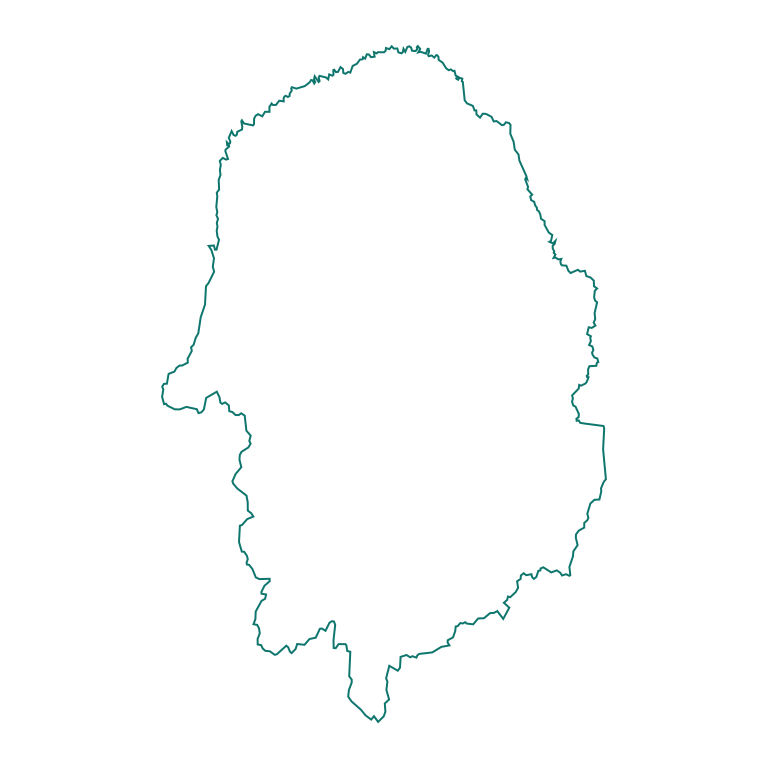 Betroka, Anosy, Madagascar (Equal Earth projection)
{"feature_id": "10022922B59412081262724", "entity_name": "Betroka", "entity_type": "district", "adm_level": 2, "iso_a3": "MDG", "parent_name": "Madagascar", "parent_adm1": "Anosy", "projection": "equal_earth", "projection_center": [45.864, -23.412], "detail": "fine", "context": "isolated", "style": "outline", "palette": "teal", "viewbox_px": 768, "rotation_deg": 0, "n_neighbors": 0, "source": "geoboundaries", "source_scale": "gbopen_adm2", "svg_char_len": 6015}
<svg xmlns="http://www.w3.org/2000/svg" viewBox="0 0 768 768"><path d="M211.3,249.9L214.0,258.3L212.8,266.7L214.1,271.7L208.5,283.1L206.0,286.2L205.0,304.6L200.7,317.3L198.3,333.3L195.8,337.6L193.6,344.8L191.1,347.2L191.8,350.9L187.6,358.8L187.8,362.6L182.4,365.4L179.3,365.7L176.4,368.0L174.4,371.6L168.6,373.9L166.9,383.7L163.9,383.9L162.2,386.6L163.3,389.6L162.1,396.9L164.1,404.2L166.0,403.7L167.5,405.7L174.7,409.3L179.7,409.4L186.4,406.9L196.8,409.2L198.5,413.1L201.4,412.3L203.9,409.4L206.2,397.9L216.8,391.7L219.5,397.3L220.4,402.6L222.1,403.9L225.2,402.4L228.8,405.4L229.3,411.2L232.5,412.1L235.5,415.0L238.7,415.1L241.2,413.3L244.7,415.6L246.4,430.7L250.7,435.7L249.3,440.9L250.6,443.7L248.3,447.5L241.5,451.8L239.8,455.0L239.5,459.7L241.3,467.2L235.6,474.0L232.4,481.3L233.3,483.8L237.4,488.6L246.5,495.6L247.7,502.2L247.8,510.6L251.4,513.4L253.3,516.6L247.2,519.1L242.1,524.9L239.9,525.7L239.0,542.0L241.8,551.6L244.2,551.8L246.8,555.6L247.8,559.1L246.6,562.5L246.9,564.5L249.2,564.9L252.4,569.0L255.8,577.4L259.4,579.1L269.6,578.8L269.7,581.2L264.5,585.7L261.4,591.9L261.5,593.7L266.1,594.5L265.1,598.8L261.6,600.8L255.7,611.5L255.4,619.1L253.5,624.2L257.2,624.9L259.0,628.3L259.8,633.2L257.6,639.0L257.7,644.5L261.1,645.1L262.8,648.6L265.3,650.8L269.9,651.3L274.7,654.8L276.8,654.3L286.3,645.7L288.2,647.3L290.0,651.7L291.6,653.1L295.6,649.0L297.2,644.0L304.5,644.8L309.5,639.0L315.7,637.7L319.9,628.8L321.9,628.5L325.5,630.8L329.4,622.9L331.8,621.2L334.0,621.5L335.2,624.9L333.5,640.1L333.7,648.0L335.7,648.2L338.6,644.1L345.4,644.1L346.3,645.1L347.2,650.9L350.3,651.8L349.2,676.3L351.7,679.6L351.7,682.6L348.9,690.0L348.2,696.6L351.5,701.4L361.0,709.8L365.5,715.3L371.2,719.6L374.0,716.2L378.1,721.9L383.7,716.4L385.4,711.7L384.8,703.5L389.1,699.5L386.4,689.9L387.4,681.4L386.1,678.5L389.3,665.8L397.8,670.7L400.0,667.7L400.6,656.9L406.4,655.0L410.3,657.3L412.3,656.2L416.4,657.6L417.3,655.4L419.3,653.9L432.3,652.4L441.3,646.9L449.4,645.4L447.6,642.4L447.7,640.3L453.0,637.4L455.2,631.2L455.7,626.5L457.7,626.1L460.4,623.0L462.8,623.5L465.1,622.2L466.9,623.6L473.2,624.3L478.1,618.5L484.0,618.2L490.1,613.1L493.9,612.9L497.3,611.1L503.2,618.9L509.3,607.7L503.9,602.8L507.1,600.0L508.0,596.5L510.2,597.2L515.6,592.2L518.1,587.8L517.1,581.3L520.6,579.0L520.9,575.5L523.7,573.2L526.1,575.2L531.4,574.2L532.1,577.0L533.9,578.9L536.4,576.9L538.3,570.9L540.3,570.5L540.6,568.5L543.3,567.3L551.2,572.4L556.8,570.4L560.3,572.8L562.0,575.5L566.0,574.2L569.5,575.8L570.3,575.2L569.4,566.9L572.9,556.6L573.4,551.3L577.6,545.1L575.8,537.6L576.0,534.4L578.8,530.6L584.2,527.6L584.3,522.8L587.2,520.4L588.4,517.9L587.3,513.8L590.4,503.5L594.4,499.8L599.4,499.5L601.3,491.3L601.0,488.4L603.6,482.1L605.9,479.2L603.1,449.3L604.2,428.3L603.5,426.0L583.5,423.4L580.2,422.8L578.7,420.4L576.7,420.8L576.4,418.8L578.6,417.1L578.9,414.0L575.5,406.6L573.3,405.5L572.0,401.7L572.9,398.6L572.1,395.4L578.7,388.6L579.2,384.9L581.0,385.7L585.5,383.5L586.8,381.7L588.5,377.2L587.0,376.9L586.8,375.7L588.2,374.6L588.1,369.3L589.4,366.2L596.3,365.8L596.9,362.8L598.3,362.0L597.3,358.5L594.3,357.4L592.4,354.3L592.1,352.5L593.4,350.0L592.3,346.4L589.1,345.0L590.9,341.0L590.2,337.9L590.9,336.3L587.1,334.1L588.7,327.3L591.8,327.9L595.4,325.6L593.7,322.5L595.2,319.1L594.6,313.1L597.1,302.3L595.0,300.5L594.1,297.2L594.8,290.8L597.1,288.5L594.0,286.2L593.8,280.6L590.5,277.5L586.4,276.1L584.9,270.8L580.2,271.6L577.9,269.8L570.6,273.0L568.4,270.8L566.4,265.7L561.9,265.3L560.9,264.2L560.4,261.5L561.3,258.9L558.4,259.4L555.4,257.5L553.6,257.9L555.4,254.5L553.7,252.8L554.3,251.5L552.7,248.4L552.7,245.8L554.6,244.0L555.4,240.9L553.0,243.4L549.4,241.8L551.0,240.9L552.3,235.0L548.8,232.6L544.6,224.9L544.6,221.2L541.0,218.7L540.3,214.5L539.0,211.5L537.0,209.8L536.8,207.5L535.2,205.5L534.2,201.8L531.1,200.1L530.3,196.4L532.2,194.7L527.4,189.2L528.1,187.0L525.2,179.3L525.9,177.8L527.1,179.0L526.2,175.7L519.4,160.6L518.5,154.5L514.8,149.7L513.6,141.7L510.3,133.8L510.5,124.8L509.0,123.0L505.9,122.3L503.9,124.8L502.0,125.2L496.6,121.1L493.7,121.4L491.5,116.8L486.0,113.9L482.8,113.7L480.0,117.6L476.5,114.4L476.3,110.4L474.5,110.4L472.9,105.9L467.0,103.4L464.7,100.3L462.8,81.9L461.8,81.3L462.3,78.6L459.2,77.8L458.3,79.7L456.8,79.1L456.2,78.4L457.9,76.7L455.7,75.7L454.5,70.8L453.1,71.1L450.8,69.4L448.8,70.2L446.3,68.5L442.6,62.6L438.7,60.0L438.5,57.0L437.3,55.3L436.3,55.1L434.3,57.6L431.7,55.5L428.7,56.2L428.1,54.9L429.1,51.1L428.6,48.9L427.6,48.9L425.9,53.6L420.6,51.8L418.2,52.4L420.2,48.9L417.8,46.1L416.8,47.1L417.2,49.1L415.6,51.1L412.0,50.7L411.1,47.6L409.2,46.3L407.3,47.1L405.3,51.9L403.5,48.8L402.9,52.0L401.6,53.3L398.4,52.4L397.3,48.5L393.8,48.6L391.7,46.3L389.3,49.2L386.0,48.0L385.6,50.8L384.0,52.3L377.9,52.2L376.7,53.4L373.9,52.1L374.6,56.7L371.0,57.2L368.9,54.5L366.8,54.3L365.1,58.6L363.1,57.2L362.6,59.3L359.9,59.6L356.9,63.8L352.7,65.9L350.3,72.6L348.4,71.9L345.3,73.8L343.3,72.9L343.0,69.1L340.5,67.1L338.0,71.9L336.0,72.1L334.2,69.7L333.3,70.1L333.5,74.8L332.5,75.7L329.2,74.4L328.2,79.4L325.9,77.4L319.5,75.9L318.7,77.6L319.6,81.1L318.6,82.0L314.7,76.3L314.0,79.4L315.2,82.0L314.2,83.5L312.7,80.5L311.1,80.0L309.8,82.2L304.8,86.1L296.4,88.6L291.9,87.2L291.2,88.4L291.8,90.4L289.7,93.7L289.6,96.0L287.9,97.0L285.8,95.8L284.6,96.4L283.6,98.2L283.7,101.4L279.2,100.7L275.9,105.0L272.7,104.9L271.6,103.5L269.4,107.0L269.5,111.8L265.0,111.8L262.3,116.3L258.0,114.2L255.7,115.7L254.1,118.6L254.0,124.1L253.1,125.4L244.0,123.5L241.9,120.3L241.3,121.3L242.3,126.8L242.0,129.5L237.3,131.8L236.8,134.7L235.6,135.8L233.6,135.0L231.6,131.1L228.8,137.8L230.3,141.5L230.0,143.3L228.9,144.2L226.9,142.2L227.2,145.3L228.9,145.4L229.2,146.5L225.6,149.6L225.3,151.0L228.0,159.0L226.0,159.6L222.8,157.9L219.8,160.9L220.8,164.9L219.9,170.0L220.5,175.0L218.7,179.9L219.1,189.6L216.8,192.7L217.3,196.3L216.3,206.9L217.3,212.1L216.4,215.2L218.0,218.8L216.8,223.0L217.5,226.6L216.7,230.6L217.4,236.4L219.0,239.8L216.5,249.7L215.0,249.7L213.9,245.5L208.7,245.9L211.3,249.9Z" fill="none" stroke="#0f766e" stroke-width="2"/></svg>